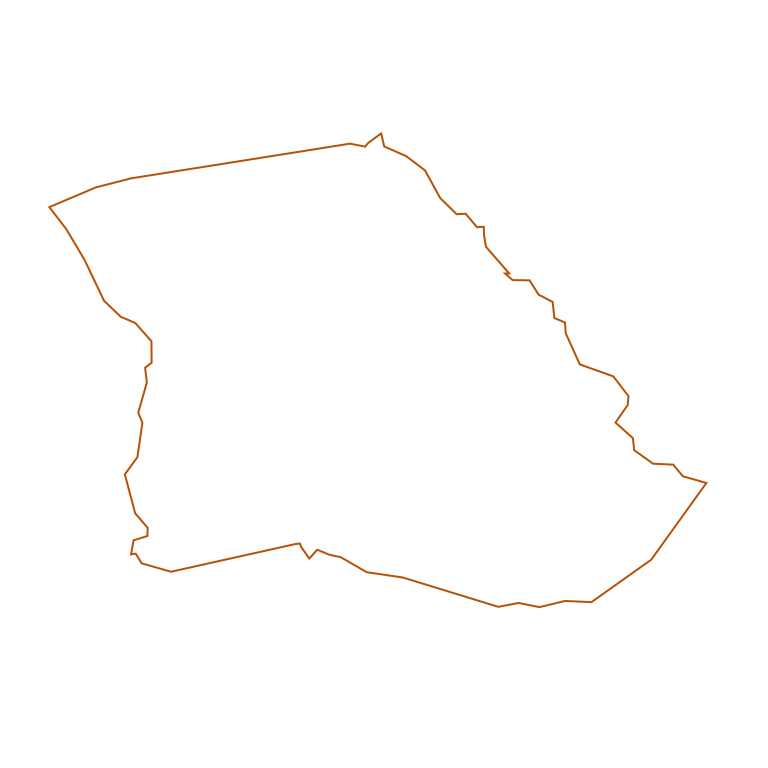 Bladen, North Carolina, United States of America (orthographic projection), rotated 351°
{"feature_id": "52423323B8015598177606", "entity_name": "Bladen", "entity_type": "district", "adm_level": 2, "iso_a3": "USA", "parent_name": "United States of America", "parent_adm1": "North Carolina", "projection": "orthographic", "projection_center": [-78.559, 34.612], "detail": "fine", "context": "isolated", "style": "outline", "palette": "amber", "viewbox_px": 768, "rotation_deg": 351, "n_neighbors": 0, "source": "geoboundaries", "source_scale": "gbopen_adm2", "svg_char_len": 1111}
<svg xmlns="http://www.w3.org/2000/svg" viewBox="0 0 768 768"><g transform="rotate(351 384 384)"><path d="M81.1,156.9L94.5,181.5L107.6,214.4L120.5,258.0L134.4,276.3L147.9,284.9L161.0,305.4L157.8,326.6L150.6,330.6L150.0,345.4L136.8,373.9L139.3,384.5L129.0,417.7L113.9,432.7L118.0,472.8L128.1,489.1L126.5,497.1L112.2,499.2L107.5,512.7L112.2,512.7L116.6,523.2L144.1,536.1L271.6,528.2L276.0,528.4L276.7,532.0L282.9,544.7L292.1,537.3L302.9,543.8L309.6,546.6L311.9,547.4L313.2,547.8L314.0,548.2L317.2,550.7L337.5,567.2L372.1,578.0L462.1,622.0L482.6,621.3L502.6,628.7L528.8,626.6L554.8,631.9L620.5,599.3L686.9,532.2L664.8,521.9L657.0,508.9L637.3,504.8L620.7,488.5L621.4,476.5L606.6,458.3L621.4,442.9L623.6,434.3L611.7,412.4L580.5,395.3L571.4,362.3L572.4,351.6L562.6,345.5L563.4,329.3L550.7,320.0L544.0,304.4L527.3,301.5L520.9,293.8L524.9,294.3L506.2,264.5L506.1,252.7L507.1,244.3L500.4,243.7L491.3,228.6L482.4,227.7L468.6,209.2L457.9,179.4L441.4,162.3L421.4,149.5L420.4,136.1L406.0,143.5L402.9,146.3L402.5,146.6L388.0,141.3L166.5,141.3L130.4,144.7L81.1,156.9Z" fill="none" stroke="#b45309" stroke-width="2"/></g></svg>